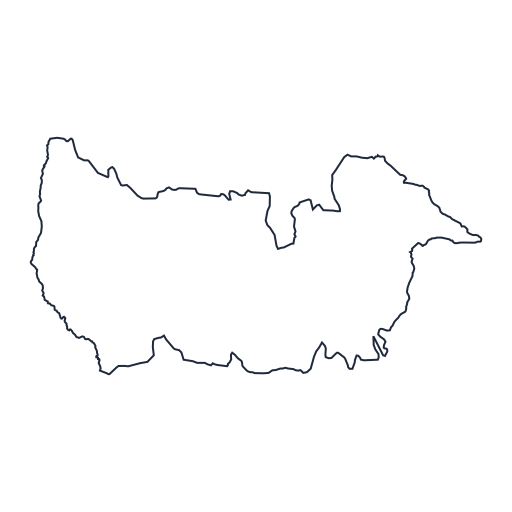 Sandoa, Katanga, Democratic Republic of the Congo (orthographic projection)
{"feature_id": "63176286B26674316015082", "entity_name": "Sandoa", "entity_type": "district", "adm_level": 2, "iso_a3": "COD", "parent_name": "Democratic Republic of the Congo", "parent_adm1": "Katanga", "projection": "orthographic", "projection_center": [23.072, -9.383], "detail": "fine", "context": "isolated", "style": "outline", "palette": "slate", "viewbox_px": 512, "rotation_deg": 0, "n_neighbors": 0, "source": "geoboundaries", "source_scale": "gbopen_adm2", "svg_char_len": 5966}
<svg xmlns="http://www.w3.org/2000/svg" viewBox="0 0 512 512"><path d="M389.9,330.3L391.0,327.3L392.5,325.7L394.3,322.0L395.5,320.5L398.3,317.7L399.5,315.7L401.1,314.0L405.1,311.8L405.6,311.1L406.3,308.4L406.1,306.8L407.2,303.9L407.1,302.6L409.3,298.7L408.9,295.9L407.3,293.0L407.0,291.6L407.6,287.7L409.2,282.9L412.5,276.0L412.7,272.7L413.3,272.1L414.3,268.5L413.6,265.7L411.7,262.5L411.6,261.8L412.6,258.7L411.2,257.1L411.0,256.3L411.5,254.5L410.8,252.7L410.1,252.1L412.0,251.1L412.3,250.4L412.0,248.7L412.5,248.2L418.2,243.0L419.7,243.5L421.7,244.9L422.3,245.8L422.9,245.9L423.4,245.3L425.9,244.2L428.0,240.6L428.8,240.0L429.7,239.4L430.7,239.4L431.6,238.5L435.5,238.1L436.7,237.6L441.5,237.6L449.3,239.3L451.1,240.6L452.4,240.6L453.2,242.0L454.6,243.1L457.8,243.1L458.9,242.7L462.7,242.5L475.0,242.7L477.6,241.7L480.4,241.6L481.0,241.1L481.3,238.9L480.4,237.4L479.5,237.0L477.9,235.5L475.6,234.9L473.8,235.1L472.2,234.8L468.6,233.1L467.3,231.9L467.4,229.3L464.8,226.7L463.7,226.3L461.8,226.5L460.3,223.3L452.1,219.1L449.9,216.9L448.5,216.6L444.9,214.5L442.7,213.8L440.6,211.8L439.3,207.7L437.7,206.2L434.4,204.3L432.6,202.6L431.4,200.6L429.0,194.5L429.3,193.3L428.8,191.9L429.1,190.7L428.0,189.3L424.5,187.7L424.1,186.9L422.6,185.7L419.5,185.9L416.6,184.8L415.1,184.7L413.9,184.1L412.0,183.7L405.4,182.7L404.1,182.9L403.8,182.0L404.3,180.7L406.2,178.8L405.4,177.2L404.4,176.1L402.6,175.2L400.2,174.8L390.5,165.6L387.6,163.5L385.0,160.7L384.6,158.0L383.9,156.7L383.2,156.5L380.1,156.7L379.0,156.3L377.8,155.3L377.5,156.2L376.9,156.6L375.7,156.6L373.9,158.6L371.8,156.8L367.4,158.2L365.2,158.0L361.9,157.7L356.6,156.4L351.2,156.4L347.5,154.7L344.3,157.0L335.7,170.2L332.2,175.0L332.4,179.6L331.7,185.7L332.1,190.6L334.3,196.8L334.6,198.8L338.9,205.5L340.0,209.3L339.9,211.2L336.6,211.2L333.5,210.6L323.3,210.2L319.2,204.7L316.8,205.4L312.9,209.5L310.6,200.3L308.7,199.4L299.7,202.4L299.3,203.7L298.5,204.9L297.6,205.8L294.8,207.0L293.7,207.9L291.7,211.0L291.3,213.2L291.9,214.7L292.6,216.0L294.4,217.8L294.9,219.2L294.0,226.5L295.5,231.5L294.4,234.2L295.6,236.5L294.4,237.9L293.4,243.6L291.6,243.7L283.7,247.5L281.2,247.8L278.0,248.9L276.5,245.7L274.6,235.0L270.2,228.0L267.3,225.0L265.7,220.5L267.5,210.9L269.7,206.0L269.9,196.3L269.0,193.2L251.3,192.2L248.1,190.3L245.3,193.5L245.0,194.9L241.8,195.7L238.4,194.4L237.3,193.1L233.2,191.3L230.1,191.2L229.2,193.9L230.6,199.5L228.6,199.7L224.5,195.0L222.9,194.2L221.2,194.0L220.1,195.7L218.5,196.3L201.4,194.5L198.9,194.1L197.0,192.7L195.4,188.8L179.7,188.2L178.2,188.5L176.0,189.8L174.3,189.9L172.2,189.6L169.0,187.4L166.3,188.5L165.4,189.9L163.5,191.0L158.5,192.1L157.5,194.5L157.4,196.1L156.8,197.5L155.6,198.4L143.2,198.6L141.1,197.9L137.5,195.6L130.3,187.9L126.9,185.0L122.7,185.5L121.1,185.1L117.3,177.5L116.4,173.9L114.2,168.9L112.4,167.1L111.1,167.5L108.3,169.8L108.4,176.3L107.8,177.2L97.9,172.9L90.2,162.8L88.8,161.0L87.7,160.3L84.0,160.3L78.1,157.4L75.1,149.8L72.7,140.0L71.6,138.7L70.8,138.6L67.9,141.2L66.4,141.1L65.0,139.5L63.5,138.7L57.2,137.8L50.3,138.7L48.5,141.9L48.3,144.3L47.0,145.4L47.6,147.1L47.2,150.6L48.0,154.9L47.2,156.9L48.1,157.8L48.1,158.3L46.6,161.0L45.8,163.4L43.9,165.3L43.9,166.1L44.5,166.1L44.5,166.6L42.7,169.3L42.2,170.7L42.9,173.8L40.9,178.1L41.8,179.8L41.8,182.8L40.7,185.6L40.7,187.6L39.9,191.6L40.1,194.2L39.5,196.2L41.1,200.6L40.8,201.3L38.6,203.4L38.2,205.6L38.4,207.5L38.2,211.0L39.1,216.0L41.4,221.2L41.8,226.5L41.1,232.2L40.8,233.3L38.4,237.4L38.0,239.8L36.2,242.2L36.0,246.0L34.6,247.3L33.9,249.0L33.9,251.2L33.4,252.2L33.9,253.3L33.3,254.7L33.6,255.4L33.0,255.8L32.6,256.6L32.1,260.0L31.2,260.8L30.7,262.3L31.4,263.9L35.3,267.3L35.9,268.5L37.2,269.8L36.6,273.5L37.5,277.8L38.6,279.5L39.2,281.5L42.1,284.2L42.7,285.5L43.0,288.1L42.2,290.5L43.5,292.8L43.6,293.4L42.7,295.6L44.0,296.5L44.8,300.0L47.8,301.5L47.8,302.9L48.1,303.4L49.8,303.5L51.2,305.2L53.8,305.9L54.4,306.5L54.7,309.7L55.2,310.2L56.5,310.6L57.6,312.3L59.2,313.2L60.6,317.9L61.3,318.6L62.0,318.6L63.5,316.9L64.1,316.8L65.3,318.2L64.6,320.9L65.1,322.2L66.5,323.6L66.6,325.6L67.1,326.4L67.1,328.6L68.2,330.0L69.1,330.4L70.0,329.4L70.6,329.5L71.8,330.8L73.1,333.1L74.9,334.6L76.5,337.0L79.1,337.9L82.3,336.4L83.2,336.6L84.2,337.2L84.8,338.6L85.3,339.1L86.3,339.3L87.6,338.9L88.5,339.0L91.3,341.3L92.1,341.4L92.4,342.3L93.6,342.9L94.5,344.1L95.5,346.1L95.2,347.4L96.9,350.9L97.0,352.7L97.7,355.0L97.5,355.7L96.4,356.1L96.3,357.2L98.0,357.8L98.0,359.0L99.1,359.0L99.5,360.0L99.5,360.7L98.9,361.3L99.0,362.5L98.7,363.2L100.1,365.9L100.6,368.4L99.9,370.6L106.7,373.2L108.5,374.2L109.5,374.1L116.6,367.4L118.5,366.0L124.5,365.9L128.2,366.3L140.4,363.1L147.4,361.9L153.8,355.3L152.8,346.9L153.1,341.3L154.2,339.1L158.6,337.8L160.8,337.6L164.0,335.6L166.0,339.3L173.8,348.5L175.2,349.3L179.0,350.1L181.4,352.4L183.6,359.7L192.9,361.2L197.2,362.9L204.9,362.9L207.7,364.4L211.0,365.3L212.8,363.3L214.4,364.2L217.4,365.0L227.2,366.2L227.9,365.2L227.8,364.0L229.5,362.5L231.2,359.4L230.9,354.8L232.2,352.7L234.8,354.7L237.9,358.3L241.3,360.8L242.0,362.2L242.3,365.3L242.9,366.5L246.5,370.3L247.8,371.3L249.9,372.1L252.8,372.3L254.6,373.1L263.6,373.3L268.6,372.9L271.9,370.6L273.1,370.2L275.5,370.1L280.5,368.5L282.6,368.5L285.4,367.8L288.1,368.5L293.4,369.1L295.8,370.3L298.8,370.6L300.1,370.1L301.0,370.6L303.3,372.9L306.9,372.2L310.7,368.7L314.0,356.7L316.2,351.4L319.1,347.5L322.0,342.5L325.0,346.0L325.8,348.5L325.4,354.5L325.7,357.1L328.6,358.2L331.4,358.0L336.1,353.4L337.1,352.7L338.2,352.8L344.1,357.3L345.1,358.6L347.8,365.2L348.2,367.3L349.6,368.8L352.4,368.8L354.7,362.5L355.0,359.9L356.6,355.5L358.3,355.8L360.0,357.6L361.0,359.7L364.1,360.3L377.8,359.7L378.7,357.4L378.5,354.1L375.4,349.5L373.7,345.1L373.4,336.2L383.1,355.3L385.0,355.9L387.3,351.5L387.2,349.7L386.9,349.1L386.1,348.6L384.3,348.3L383.7,347.6L384.0,345.1L385.5,341.7L384.0,339.3L380.3,336.7L378.4,334.7L378.2,334.1L379.2,330.1L379.9,329.3L380.9,328.8L382.6,329.0L387.0,330.6L389.9,330.3Z" fill="none" stroke="#1e293b" stroke-width="2"/></svg>